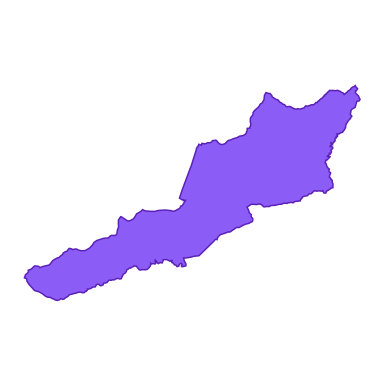 Rasinari, Sibiu, Romania (Equal Earth projection), rotated 4°
{"feature_id": "2599482B32433549776599", "entity_name": "Rasinari", "entity_type": "district", "adm_level": 2, "iso_a3": "ROU", "parent_name": "Romania", "parent_adm1": "Sibiu", "projection": "equal_earth", "projection_center": [23.983, 45.649], "detail": "fine", "context": "isolated", "style": "filled", "palette": "violet", "viewbox_px": 384, "rotation_deg": 4, "n_neighbors": 0, "source": "geoboundaries", "source_scale": "gbopen_adm2", "svg_char_len": 6020}
<svg xmlns="http://www.w3.org/2000/svg" viewBox="0 0 384 384"><g transform="rotate(4 192 192)"><path d="M332.3,177.9L332.0,173.9L331.3,172.7L331.0,170.5L330.4,170.1L328.9,168.2L328.1,167.8L328.1,165.9L329.0,163.3L327.3,162.0L327.1,160.8L327.4,159.5L326.3,158.9L324.6,156.8L324.0,154.6L322.9,153.6L323.0,152.4L323.4,151.7L323.2,151.0L324.5,150.6L327.1,147.5L327.2,147.3L324.6,147.0L325.4,146.0L327.0,145.1L326.3,143.9L327.4,143.8L328.1,143.2L328.3,141.9L327.5,140.6L328.6,139.8L328.9,138.7L329.5,138.2L329.1,137.5L328.3,137.0L327.6,136.9L326.6,137.2L326.6,136.5L327.2,135.8L328.9,135.1L328.4,134.3L327.2,133.8L327.2,133.6L327.8,133.6L327.7,133.3L327.9,133.4L328.8,133.9L330.1,132.5L330.1,132.1L330.5,131.6L331.2,131.0L331.2,130.4L330.8,129.5L331.3,128.5L331.8,128.1L331.8,127.8L332.2,127.8L332.0,126.9L332.4,127.0L332.5,126.5L333.2,126.4L333.3,125.8L332.9,125.3L333.2,125.1L333.1,124.6L332.7,124.2L333.7,123.9L333.3,123.7L333.8,123.5L334.6,123.8L336.0,122.6L338.0,122.0L338.3,121.6L338.3,121.0L339.4,119.8L340.7,117.0L340.7,115.3L341.1,113.5L343.1,109.8L344.8,107.8L345.5,106.0L346.1,105.6L345.9,104.8L345.1,104.2L344.5,103.2L344.9,100.9L344.8,99.8L345.9,98.1L348.8,96.3L350.1,90.1L352.3,89.5L353.2,87.9L351.3,84.5L348.1,81.8L348.1,80.9L348.5,80.2L348.1,79.6L348.9,79.2L349.9,77.9L350.0,77.4L348.5,76.1L347.4,74.4L346.2,75.7L345.1,76.0L344.3,76.6L343.2,77.8L343.0,78.6L340.5,80.5L339.8,81.6L338.4,82.7L337.2,84.1L336.9,84.1L337.0,83.6L335.6,82.6L334.3,82.2L332.6,81.1L331.2,80.9L330.4,80.4L329.6,80.5L328.3,81.0L325.4,80.8L324.6,81.0L322.0,81.1L321.3,82.2L320.1,83.3L319.5,84.4L319.1,84.4L319.1,84.9L317.3,86.2L317.5,87.0L316.7,87.2L315.4,89.3L314.6,89.6L313.5,90.6L312.6,91.6L312.6,92.0L311.4,92.6L310.4,94.2L309.4,94.0L308.0,95.9L306.5,96.8L306.0,96.5L305.2,96.6L302.2,98.0L300.9,98.3L299.3,98.2L297.7,100.5L295.9,100.9L295.3,101.4L293.9,101.8L291.5,101.5L290.6,102.0L288.5,102.0L286.7,101.1L286.2,101.2L284.5,100.0L282.6,99.9L281.0,100.4L279.8,100.0L278.0,98.3L276.2,98.0L274.9,96.8L272.9,96.1L272.0,94.6L271.1,94.0L269.4,93.8L266.2,92.0L265.4,91.4L264.8,90.1L263.0,88.3L261.5,88.3L258.8,87.7L257.5,90.7L257.4,94.8L255.9,98.1L254.0,99.5L252.5,102.5L248.7,106.4L247.4,108.4L247.4,110.1L247.1,111.3L245.5,113.4L245.1,114.7L245.2,117.7L245.9,120.1L245.9,121.4L245.2,123.4L245.3,124.2L242.6,124.7L242.8,126.7L242.1,128.4L242.1,129.6L240.3,131.4L238.9,132.2L235.6,133.0L233.0,134.6L228.8,136.3L226.9,137.4L225.2,137.8L224.7,138.3L223.8,138.7L221.7,141.4L219.2,142.5L217.5,142.5L216.4,142.1L214.8,141.1L212.9,139.0L212.1,138.7L208.8,139.3L208.2,140.7L206.1,141.7L204.2,141.7L202.8,142.6L201.1,143.0L198.5,142.8L198.1,144.6L195.5,143.9L194.7,146.3L194.3,146.3L193.3,148.6L193.3,149.7L189.1,167.2L188.9,167.4L182.2,190.1L179.9,199.0L182.5,200.4L184.2,200.4L184.1,201.1L186.0,200.9L183.2,206.3L181.9,206.7L181.3,207.9L181.2,208.6L180.4,209.5L176.5,211.9L174.3,212.6L172.7,212.1L166.7,211.8L159.6,212.8L156.5,213.9L152.4,214.2L146.5,214.1L143.9,213.0L142.4,214.9L138.3,217.6L136.5,221.2L135.3,223.0L131.7,225.2L129.7,225.3L123.5,221.8L122.6,221.6L120.6,225.0L120.7,228.2L121.2,232.1L120.3,234.9L120.0,238.7L119.6,239.9L118.8,240.4L118.1,240.7L114.7,240.9L113.0,242.0L112.3,243.1L111.3,243.8L107.2,244.3L100.4,247.0L97.8,249.1L96.4,251.8L93.7,255.1L89.5,257.9L85.5,258.3L82.7,257.8L81.0,257.0L79.3,257.0L77.2,257.8L75.8,257.1L73.6,256.8L73.2,257.0L71.2,259.9L69.4,260.6L67.7,261.9L67.4,263.3L65.4,264.9L64.0,266.5L61.8,267.4L58.2,269.8L55.3,274.0L54.3,274.9L48.5,276.7L45.8,277.9L45.4,277.9L44.0,276.8L40.1,276.7L37.0,280.1L34.0,281.5L34.5,282.6L33.9,284.0L31.7,286.1L30.8,289.3L32.9,290.1L33.3,290.8L33.6,292.6L35.9,295.6L41.9,301.3L46.6,302.3L50.1,304.1L53.5,306.4L55.5,307.0L58.0,307.0L60.0,308.1L61.7,308.4L62.6,309.1L65.1,309.6L67.4,308.7L68.6,307.5L70.4,308.1L71.9,307.7L72.6,306.8L75.4,304.9L77.0,303.0L80.8,301.8L81.0,301.5L83.3,301.1L84.4,300.4L87.4,299.6L88.8,299.8L89.7,300.2L91.3,300.0L92.3,298.9L93.0,298.7L93.2,298.1L93.7,298.2L94.5,297.0L94.5,296.1L95.5,296.1L97.8,295.3L99.7,293.7L102.0,293.5L102.8,292.1L102.7,291.6L104.3,290.6L105.9,290.7L106.4,291.5L107.4,291.9L108.4,291.7L108.8,291.3L109.9,290.8L110.2,289.2L110.5,288.9L111.7,288.9L113.4,288.3L114.3,287.3L114.4,286.8L115.7,285.6L117.4,285.8L118.9,285.1L120.2,285.2L123.5,283.3L125.8,283.8L127.4,283.5L129.2,278.9L131.2,277.4L132.0,276.0L132.4,274.1L133.9,273.3L134.8,272.2L136.3,272.1L137.0,271.3L138.5,270.6L139.7,269.6L140.3,269.9L141.3,269.6L144.6,273.1L145.6,273.5L147.9,272.9L151.3,272.8L152.8,272.1L154.0,271.1L155.5,268.8L155.5,268.1L156.3,267.0L155.9,266.0L156.9,266.4L159.0,266.2L160.1,266.4L160.7,266.0L160.9,265.6L160.3,264.5L159.9,262.9L160.1,262.4L163.3,265.8L165.2,264.6L167.1,264.9L167.8,263.2L168.1,261.5L171.7,261.2L175.0,262.6L177.3,261.2L176.1,262.4L176.9,262.4L176.7,263.3L176.9,263.8L178.5,264.4L179.5,265.9L180.9,265.9L182.3,267.5L184.1,266.8L184.2,265.6L185.7,263.9L186.6,264.2L187.4,264.9L186.6,266.1L186.6,266.7L186.9,267.1L187.7,267.2L190.9,266.2L191.1,265.2L191.0,264.2L189.2,261.4L188.7,260.2L188.7,259.4L188.2,258.5L191.2,258.1L194.9,257.2L198.4,256.0L203.4,255.1L217.7,239.0L218.6,237.6L219.5,237.5L220.3,237.8L220.8,235.6L222.3,233.5L223.7,232.4L228.3,230.6L230.4,229.5L232.8,229.2L238.6,224.5L239.5,224.1L240.6,224.3L241.6,224.1L245.6,221.4L247.9,220.3L251.3,219.2L252.4,218.2L254.0,217.5L254.5,216.8L254.6,214.7L254.0,213.7L253.1,213.0L252.7,212.1L252.6,210.3L251.7,209.8L250.3,208.1L250.1,207.0L248.0,203.1L252.3,200.0L257.5,200.0L259.3,199.3L261.2,199.4L262.3,199.8L264.4,201.7L265.3,201.8L267.8,201.2L270.0,201.2L271.3,200.2L274.7,199.5L275.8,199.6L277.4,198.9L280.7,198.0L281.9,198.1L284.4,196.7L287.7,196.7L288.7,196.1L291.8,195.4L293.2,195.7L294.1,195.5L294.5,194.8L296.6,193.9L298.0,194.0L299.4,193.4L300.6,193.4L300.9,191.8L301.9,190.9L302.8,189.1L304.5,188.3L307.3,187.7L308.9,185.8L309.5,185.5L311.1,185.4L314.0,182.1L315.9,182.5L318.3,182.0L322.1,182.1L322.4,181.7L323.5,183.7L325.4,183.8L325.7,183.0L326.8,181.2L328.2,180.5L331.0,178.2L332.3,177.9Z" fill="#8b5cf6" stroke="#5b21b6" stroke-width="1.5"/></g></svg>